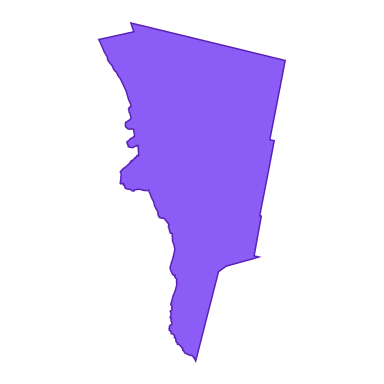 the district of Belgrano, Santa Fe, Argentina
{"feature_id": "61730980B4652577007654", "entity_name": "Belgrano", "entity_type": "district", "adm_level": 2, "iso_a3": "ARG", "parent_name": "Argentina", "parent_adm1": "Santa Fe", "projection": "equal_earth", "projection_center": [-61.815, -32.699], "detail": "fine", "context": "isolated", "style": "filled", "palette": "violet", "viewbox_px": 384, "rotation_deg": 0, "n_neighbors": 0, "source": "geoboundaries", "source_scale": "gbopen_adm2", "svg_char_len": 5973}
<svg xmlns="http://www.w3.org/2000/svg" viewBox="0 0 384 384"><path d="M285.2,60.5L193.3,38.1L130.9,23.0L133.8,31.8L98.8,39.5L99.1,40.4L100.0,41.9L104.3,51.9L107.0,56.5L107.3,57.4L107.7,59.8L108.3,60.8L110.3,63.7L111.7,65.0L113.9,69.7L115.4,71.4L116.1,72.0L116.5,72.4L117.9,75.4L119.0,77.1L119.6,77.6L120.6,79.2L126.1,90.9L128.6,99.6L130.5,103.7L130.9,105.1L131.1,106.3L130.8,106.3L130.5,106.8L129.8,107.0L129.5,107.7L129.1,107.8L128.8,108.4L128.6,108.6L128.5,108.9L128.5,109.2L128.7,109.4L128.7,109.9L129.1,110.5L129.1,110.8L129.1,112.0L129.3,112.5L130.0,113.4L130.1,114.2L130.3,114.5L130.4,114.9L130.4,115.8L130.6,116.3L130.9,117.6L131.1,117.9L131.1,118.3L130.7,118.8L130.4,118.9L130.2,119.3L129.6,120.0L128.8,120.4L128.5,120.5L128.1,120.9L125.7,122.3L125.4,122.9L125.5,123.9L125.4,125.4L125.6,126.5L125.9,127.2L126.2,127.5L126.6,127.6L127.2,128.1L127.4,128.6L127.7,128.8L129.8,129.2L130.9,129.2L133.2,128.9L133.6,129.2L133.6,130.7L133.9,131.4L134.0,132.0L134.1,132.8L134.3,133.8L134.3,134.4L134.6,136.1L134.5,136.5L133.7,136.7L133.4,136.9L132.8,137.6L132.2,138.0L131.7,138.1L131.2,138.3L130.9,138.3L130.6,138.5L130.0,139.1L129.9,139.5L128.0,141.1L127.3,141.6L127.0,141.9L126.8,142.2L127.0,142.7L127.4,143.1L127.2,143.4L127.5,144.4L127.8,144.7L128.5,145.5L128.2,146.1L128.1,146.5L128.4,146.8L129.3,146.9L129.9,147.2L130.4,147.2L131.2,147.5L132.7,147.6L133.6,147.3L134.4,146.6L135.4,146.1L135.9,146.0L136.6,146.1L136.9,145.5L137.3,145.3L137.9,145.3L138.3,146.2L138.1,146.5L138.1,147.0L138.4,147.5L138.2,148.1L138.3,148.7L138.5,149.0L138.3,149.6L138.3,150.3L138.4,150.9L138.4,151.6L138.6,152.1L138.5,153.3L138.7,154.0L138.7,154.3L138.4,154.7L138.4,154.9L138.7,155.4L138.5,155.7L138.3,155.9L137.9,155.5L137.4,155.5L136.9,155.7L136.5,156.2L136.6,156.6L136.3,156.9L135.6,157.5L135.4,157.8L134.8,157.8L134.6,158.0L134.5,158.5L133.6,159.2L133.0,160.3L132.8,160.5L132.7,160.5L131.9,160.3L131.4,160.9L131.1,161.0L131.3,161.8L131.3,162.0L131.1,162.1L130.8,161.9L130.4,162.0L129.9,162.6L129.7,163.2L129.0,163.8L128.9,164.1L128.6,164.4L128.1,164.7L126.6,166.2L125.9,166.7L125.6,167.0L125.3,167.1L124.4,168.1L124.2,168.2L123.5,168.2L123.2,168.6L122.9,169.3L122.0,169.8L121.6,170.2L121.2,171.0L120.5,171.4L120.3,171.7L120.3,172.0L120.9,172.6L121.1,174.1L121.2,175.1L120.9,176.3L120.9,177.0L120.9,178.5L120.9,178.8L120.5,180.4L120.6,180.8L120.6,181.3L120.4,182.2L120.2,182.4L120.3,182.7L120.2,183.1L120.3,183.5L120.8,183.9L121.9,183.3L122.3,183.3L122.5,183.5L122.9,183.6L122.9,184.2L123.0,184.4L123.4,184.0L123.7,183.9L123.9,184.0L124.0,185.2L124.1,185.5L124.7,186.1L124.8,186.5L124.6,186.6L124.9,187.5L125.5,188.3L125.9,188.5L126.1,188.6L126.4,188.4L127.0,188.8L127.9,189.2L128.4,189.3L129.4,189.1L129.8,189.2L130.3,189.5L130.7,189.7L132.3,190.9L132.6,191.0L133.6,191.0L133.9,190.7L134.3,190.7L134.4,190.1L134.5,189.9L136.0,189.6L136.7,189.6L137.7,189.3L138.4,189.4L139.3,189.2L140.4,189.3L141.2,189.7L141.5,189.7L142.2,190.1L143.2,190.3L144.3,190.4L145.4,190.6L147.5,190.6L147.9,190.3L148.8,190.2L149.3,192.1L150.0,193.4L150.5,195.0L151.9,198.5L153.6,201.6L154.7,206.1L156.5,209.7L157.2,210.5L157.6,211.6L158.1,212.6L158.0,213.1L157.9,213.9L158.2,215.0L158.7,216.5L159.4,217.3L160.1,217.8L163.5,218.4L164.2,218.3L166.5,221.5L167.2,222.2L169.0,224.6L169.0,225.0L168.7,225.3L168.4,226.1L168.4,226.9L168.5,227.4L169.2,228.1L169.4,228.7L169.2,229.1L169.2,229.8L169.4,230.4L169.9,231.5L170.2,232.8L170.3,233.1L170.9,233.3L171.8,233.2L172.2,233.4L172.4,233.8L172.4,234.1L172.2,234.7L172.1,235.4L172.2,236.8L172.5,237.1L172.6,237.6L172.4,238.9L172.5,240.0L172.5,241.1L172.7,241.7L172.9,242.2L173.2,242.6L173.8,244.7L174.5,246.4L174.4,247.8L174.5,248.1L174.8,248.5L174.9,248.9L174.9,249.3L174.3,251.8L174.1,253.3L173.9,253.8L173.5,255.6L173.5,256.0L173.3,256.4L173.4,256.7L172.9,257.3L173.0,257.7L172.9,258.4L172.7,259.1L172.4,259.9L172.0,261.3L171.6,262.0L171.4,262.2L171.3,262.6L171.3,262.9L171.5,263.1L171.1,263.8L171.1,264.1L170.1,267.1L170.1,267.3L170.3,269.3L170.7,269.9L171.3,271.7L172.2,273.5L172.3,273.8L172.3,274.1L173.1,274.5L173.2,274.8L173.8,275.3L174.0,275.3L174.5,275.0L174.9,275.1L175.1,275.3L174.9,275.7L174.8,276.2L175.0,277.3L176.1,278.6L176.5,278.9L176.7,279.2L176.9,279.5L176.6,280.0L176.6,280.9L176.5,281.7L176.7,282.6L176.6,283.4L176.7,283.8L176.7,284.4L176.5,285.9L176.1,287.2L175.9,288.4L175.6,289.2L175.5,289.9L175.2,290.6L174.8,291.4L174.6,292.3L174.2,293.2L174.0,294.0L173.3,295.4L173.1,295.6L173.0,295.9L173.0,296.5L172.6,297.7L172.1,300.0L171.7,301.0L171.4,302.7L171.0,303.3L170.7,304.1L170.9,304.9L171.4,305.5L172.2,306.1L172.2,306.5L171.6,307.7L171.7,308.3L171.9,308.7L171.9,309.8L171.4,310.5L170.6,310.8L170.2,311.1L170.4,311.8L171.0,312.6L171.0,312.8L170.9,313.7L171.1,314.5L171.1,315.3L170.9,315.9L170.2,316.8L170.2,317.3L170.4,318.0L170.6,318.1L171.4,318.2L171.6,318.3L171.3,319.2L171.1,319.5L171.0,320.4L171.1,320.8L171.6,322.4L171.9,323.9L171.7,324.6L171.3,324.9L170.6,324.9L170.3,325.2L170.0,325.4L169.5,326.3L169.4,326.9L169.4,327.9L169.2,328.2L169.6,328.3L169.5,328.9L169.3,329.9L169.2,330.3L169.5,330.6L170.3,330.8L170.9,331.1L171.1,331.7L171.0,332.8L171.2,333.7L171.4,333.8L172.1,333.7L172.9,334.0L173.6,334.7L174.7,335.9L174.8,336.2L174.8,336.5L174.3,337.1L174.3,337.4L174.7,337.9L175.4,338.2L175.6,338.5L175.8,339.2L176.0,341.5L176.4,342.1L177.1,342.8L177.3,343.2L177.4,344.2L177.7,344.4L178.3,344.3L178.8,344.4L179.7,344.9L179.9,345.1L180.5,346.1L181.3,346.7L181.5,346.9L181.6,347.6L181.7,347.8L182.5,348.2L182.8,348.5L182.9,349.0L182.7,350.0L182.7,350.3L182.8,350.5L183.2,350.8L183.6,350.8L184.0,351.1L184.5,352.6L185.6,353.5L186.3,353.6L186.9,353.9L187.8,354.4L188.6,354.7L188.9,354.9L189.8,355.1L190.3,355.5L191.2,355.3L191.6,355.4L192.6,355.9L193.4,357.1L194.1,357.3L194.3,357.5L194.3,357.8L194.1,358.5L195.1,359.4L195.3,360.3L195.7,361.0L218.5,271.7L226.3,266.1L250.7,259.4L258.8,257.0L254.1,255.9L261.3,216.1L259.7,215.8L268.7,169.8L274.2,140.7L269.8,139.7L275.4,111.1L285.2,60.5Z" fill="#8b5cf6" stroke="#5b21b6" stroke-width="1.5"/></svg>